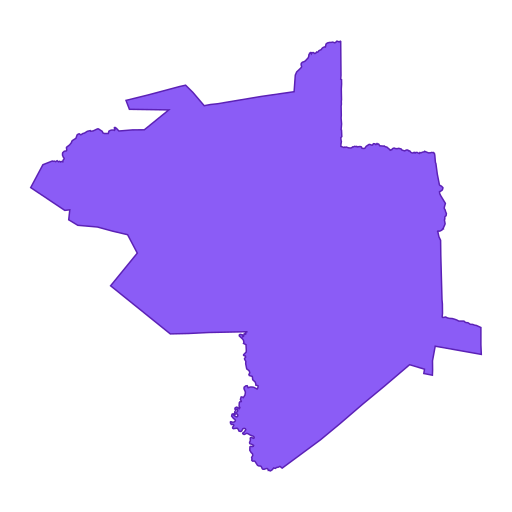 Lupane, Matabeleland North, Zimbabwe
{"feature_id": "62879985B9904230629136", "entity_name": "Lupane", "entity_type": "district", "adm_level": 2, "iso_a3": "ZWE", "parent_name": "Zimbabwe", "parent_adm1": "Matabeleland North", "projection": "orthographic", "projection_center": [27.928, -18.869], "detail": "fine", "context": "isolated", "style": "filled", "palette": "violet", "viewbox_px": 512, "rotation_deg": 0, "n_neighbors": 0, "source": "geoboundaries", "source_scale": "gbopen_adm2", "svg_char_len": 6009}
<svg xmlns="http://www.w3.org/2000/svg" viewBox="0 0 512 512"><path d="M90.3,130.6L87.3,131.3L84.3,133.2L83.1,133.4L81.0,134.7L80.4,134.7L79.5,133.9L78.9,133.9L78.2,134.1L77.1,134.9L75.9,138.3L72.6,140.4L71.8,141.2L71.5,142.5L69.7,144.8L66.6,147.2L66.4,147.8L66.7,149.2L66.6,150.6L66.0,151.0L64.3,151.2L62.7,152.7L62.5,153.7L62.5,155.2L63.4,157.3L64.2,158.3L64.0,159.0L63.0,160.3L62.8,161.8L61.2,161.5L60.5,162.0L59.5,161.3L58.4,161.8L57.1,160.7L55.7,161.7L54.2,161.1L53.1,161.4L52.3,161.0L42.9,164.7L30.7,187.6L64.8,210.4L69.8,209.8L68.7,219.8L77.8,225.3L97.4,227.0L112.4,231.1L127.6,234.7L137.3,253.1L110.6,285.8L170.3,333.9L188.4,333.5L208.6,332.5L247.5,331.7L245.7,332.2L245.8,333.9L245.1,334.3L244.3,333.7L244.0,334.2L243.5,336.3L242.8,336.7L242.6,335.3L242.2,334.7L240.2,334.3L239.3,335.0L239.3,335.9L242.8,339.3L243.5,340.4L243.9,342.6L243.5,343.4L246.0,344.7L246.3,350.2L246.2,352.0L243.6,354.7L243.6,355.3L244.4,355.8L245.4,356.0L245.6,357.2L244.5,358.5L244.6,359.3L245.8,361.3L245.7,363.8L246.7,368.9L249.0,370.6L249.7,372.3L249.6,373.3L248.9,374.4L249.3,375.5L252.2,376.4L252.4,377.0L252.7,379.7L255.2,382.1L255.7,383.5L255.9,385.2L257.8,385.6L258.1,386.0L257.9,387.8L257.1,389.0L253.8,387.3L251.9,387.0L250.3,387.0L248.1,387.7L247.2,385.7L245.9,385.8L244.1,387.2L244.0,388.8L245.4,392.0L245.2,393.7L244.9,395.2L243.3,397.6L241.9,396.9L241.1,397.0L240.4,399.5L241.3,401.2L241.3,401.5L239.9,401.8L239.3,402.7L239.1,406.1L239.9,407.7L239.2,408.7L238.2,407.8L236.7,407.1L235.3,407.7L234.9,408.7L235.2,409.9L235.5,410.3L236.4,409.7L236.6,409.3L237.2,409.2L237.5,409.6L237.7,410.9L237.1,411.9L236.7,412.1L236.1,412.2L234.8,411.9L234.8,412.5L234.2,414.1L234.8,414.4L236.0,413.9L236.8,413.8L237.2,414.1L237.8,415.0L237.7,416.1L237.4,416.6L236.8,416.9L235.9,416.6L233.8,415.2L233.2,413.9L232.3,414.0L232.0,414.4L231.6,416.1L233.6,418.6L234.8,419.3L235.4,420.3L235.0,421.4L233.9,422.1L232.4,422.2L231.0,421.7L230.5,421.8L230.4,422.9L231.3,424.5L232.9,424.4L233.6,424.7L233.8,425.5L232.6,427.3L232.7,428.2L233.4,428.7L237.0,428.2L238.1,429.1L239.0,431.1L240.6,431.5L241.4,431.2L241.8,430.8L242.8,428.8L243.5,428.5L244.7,428.4L245.3,428.7L245.8,429.6L245.7,429.9L244.0,432.2L242.7,433.1L242.7,433.6L242.9,433.8L243.8,434.4L244.6,434.4L246.1,433.5L246.9,433.4L248.0,433.7L250.3,435.1L252.6,435.9L253.8,436.6L254.2,437.6L253.8,438.3L253.2,438.3L251.6,437.5L250.8,437.5L250.4,437.8L250.2,438.7L250.4,440.0L250.1,441.3L249.6,442.2L249.6,443.0L249.9,443.7L251.8,444.3L253.6,445.4L253.3,446.3L252.2,446.6L250.6,446.3L250.0,446.7L249.9,447.3L249.8,450.3L251.1,452.5L252.5,453.8L252.7,455.0L252.7,455.6L251.6,457.4L252.0,459.0L251.7,460.2L252.5,461.1L254.5,461.1L255.0,461.4L257.5,465.3L258.7,465.9L260.7,466.1L261.3,466.7L262.2,468.6L262.8,469.2L264.1,469.3L266.1,468.6L267.1,468.5L267.8,469.0L268.3,470.4L269.0,470.1L269.9,470.8L270.5,470.9L272.4,469.6L273.6,468.0L275.4,468.4L276.5,467.5L278.6,467.1L279.7,466.4L280.5,466.6L281.1,467.4L282.2,468.1L320.5,439.8L340.3,423.4L362.5,404.3L384.0,386.5L409.6,364.7L424.5,369.2L423.8,373.5L432.4,375.2L432.6,370.1L432.5,360.8L435.2,346.2L481.3,354.4L480.9,344.7L480.9,327.5L476.3,325.4L474.7,325.2L472.7,324.4L470.3,324.3L467.9,322.7L466.1,322.6L465.1,322.2L464.3,321.3L463.7,321.1L458.8,321.1L456.8,320.0L454.6,319.2L452.1,318.5L449.6,318.4L447.4,317.9L445.7,317.0L443.0,317.5L442.4,317.3L442.2,316.7L442.5,313.3L442.4,304.0L442.0,299.7L440.8,255.4L440.6,240.3L438.9,236.7L437.9,232.0L437.6,231.4L437.8,231.1L439.8,231.1L441.9,230.1L442.6,228.9L443.4,228.9L443.3,228.1L444.9,224.5L445.1,223.7L444.4,219.9L444.9,218.9L444.7,218.2L444.9,216.9L445.2,216.4L446.1,215.7L446.4,213.5L445.6,211.7L445.2,210.0L444.3,208.6L444.3,207.3L445.4,203.4L440.6,195.5L439.7,193.6L439.5,191.7L440.8,191.1L442.2,190.1L442.8,188.7L442.9,187.6L441.4,186.1L439.9,185.4L439.4,184.7L437.3,174.1L435.9,163.6L435.4,162.4L434.8,155.2L434.4,153.3L434.0,153.2L433.5,152.5L432.6,152.6L431.7,152.4L430.4,152.8L428.5,152.9L424.6,151.3L424.3,151.8L422.4,152.2L420.8,152.9L419.9,152.5L419.3,153.5L418.1,153.0L417.1,152.4L415.7,152.5L415.4,153.0L414.8,153.0L414.1,152.3L413.3,152.9L412.5,153.0L411.0,152.5L409.7,150.9L408.7,150.9L407.8,150.0L406.3,150.0L404.7,150.9L402.0,150.1L401.2,149.0L398.8,148.3L397.0,148.7L395.2,148.5L394.4,148.1L393.8,148.1L392.6,148.6L391.9,149.6L391.3,149.6L390.8,150.2L390.2,150.3L389.9,149.7L386.9,147.1L385.2,146.7L384.1,145.9L383.3,146.2L382.5,146.0L379.8,145.8L378.6,144.0L377.7,144.2L377.0,143.5L375.9,144.6L374.9,143.8L373.4,143.7L372.6,144.9L372.0,145.2L369.7,144.4L368.9,144.5L366.2,146.3L364.9,148.2L364.0,148.5L362.0,148.3L361.4,146.9L360.0,146.5L357.2,146.9L356.7,146.4L355.7,146.6L354.7,146.3L353.4,146.9L352.5,146.9L351.9,147.6L350.9,148.0L348.8,147.9L346.1,147.0L345.1,147.4L344.5,147.1L343.9,147.5L340.9,146.4L341.0,143.4L341.3,143.0L341.2,142.1L341.4,141.4L341.1,140.6L340.8,137.7L341.8,136.6L341.5,130.1L341.1,129.7L341.6,124.0L341.1,118.0L341.3,115.2L341.1,106.1L341.4,104.3L341.3,101.0L341.5,99.9L341.3,88.9L341.6,84.0L341.5,79.6L340.7,79.2L341.0,75.4L340.7,41.5L340.3,41.2L339.2,41.9L336.9,41.1L335.6,42.4L334.8,42.8L332.7,42.1L331.2,42.4L329.6,42.4L327.5,42.9L326.2,43.8L325.7,45.2L325.7,45.7L325.4,47.0L324.5,46.9L323.1,47.5L322.1,48.3L321.2,49.6L318.9,50.7L317.8,52.1L317.3,52.2L316.6,52.0L316.3,52.6L315.0,53.5L314.4,53.4L313.7,52.7L313.0,52.5L311.8,53.1L311.5,52.7L311.2,52.7L311.2,53.7L310.8,53.3L310.6,52.6L309.6,53.2L309.6,53.6L308.9,54.7L308.7,56.5L308.1,57.9L305.2,61.0L304.0,61.7L302.4,62.2L301.3,63.3L301.1,64.3L301.2,65.2L301.6,66.3L301.5,67.1L300.7,68.1L296.7,71.9L295.3,75.1L294.1,91.7L260.8,96.5L217.2,103.8L210.5,104.5L204.2,105.7L192.8,92.3L185.6,85.2L179.7,86.5L147.9,95.0L126.0,100.4L129.4,109.3L168.8,109.9L144.3,129.8L132.4,129.9L118.9,131.0L116.4,128.3L115.0,127.4L114.4,127.6L114.4,128.2L115.0,129.4L114.7,130.0L114.3,130.4L113.6,130.0L111.3,130.1L110.1,130.5L108.9,131.2L108.3,133.5L104.3,133.5L102.8,132.8L102.3,131.4L98.5,128.9L97.4,128.9L93.2,130.9L90.7,131.3L90.3,130.6Z" fill="#8b5cf6" stroke="#5b21b6" stroke-width="1.5"/></svg>